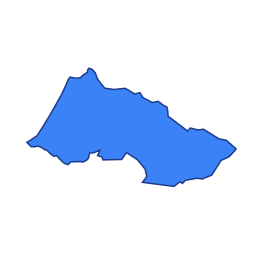 the district of Argaka, Paphos, Cyprus, rotated 349°
{"feature_id": "46923920B98204457284420", "entity_name": "Argaka", "entity_type": "district", "adm_level": 2, "iso_a3": "CYP", "parent_name": "Cyprus", "parent_adm1": "Paphos", "projection": "mercator", "projection_center": [32.504, 35.066], "detail": "fine", "context": "isolated", "style": "filled", "palette": "blue", "viewbox_px": 256, "rotation_deg": 349, "n_neighbors": 0, "source": "geoboundaries", "source_scale": "gbopen_adm2", "svg_char_len": 1186}
<svg xmlns="http://www.w3.org/2000/svg" viewBox="0 0 256 256"><g transform="rotate(349 128 128)"><path d="M229.8,168.6L222.1,158.8L215.2,156.0L201.9,143.6L196.5,143.3L189.1,139.9L186.0,142.4L169.5,124.0L170.2,119.7L170.2,114.7L167.5,112.9L162.7,107.6L156.7,107.6L148.5,101.1L146.4,95.5L141.3,96.0L132.9,88.5L121.5,87.5L112.8,84.5L109.8,79.0L107.3,73.7L106.4,67.6L104.1,63.6L101.2,61.9L99.7,63.0L98.7,65.6L93.3,67.8L91.1,69.6L86.7,69.3L80.8,67.0L78.8,68.8L72.3,78.2L68.6,83.1L60.6,92.6L53.9,100.3L46.1,109.0L37.4,118.1L31.3,120.8L26.1,122.8L26.4,123.4L27.9,125.7L29.2,127.8L32.4,128.6L36.2,128.6L39.7,130.9L42.3,133.5L43.9,134.0L47.1,138.8L49.9,141.7L52.6,141.4L54.6,144.9L56.5,147.5L57.9,149.6L59.9,151.3L62.2,152.5L65.3,150.4L69.6,151.0L74.7,151.9L77.5,152.8L81.1,151.8L83.5,150.0L84.7,147.1L85.8,145.1L88.9,145.9L94.1,144.9L96.1,144.5L92.9,149.4L96.9,151.4L97.3,154.5L115.8,157.7L121.8,151.8L131.2,161.0L136.9,171.5L137.2,179.3L131.8,184.1L132.4,184.3L162.0,194.1L168.9,190.6L170.8,192.8L174.4,190.3L182.0,190.4L186.7,190.6L191.2,192.3L191.3,192.1L201.1,190.3L213.2,177.6L221.8,175.5L229.9,169.6L229.6,168.7L229.8,168.6Z" fill="#3b82f6" stroke="#1e3a8a" stroke-width="1.5"/></g></svg>